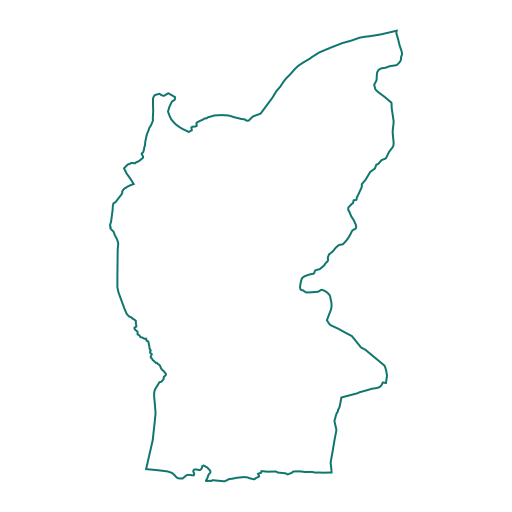 outline of Bang Pahan, Phra Nakhon Si Ayutthaya, Thailand
{"feature_id": "78962969B12192393501307", "entity_name": "Bang Pahan", "entity_type": "district", "adm_level": 2, "iso_a3": "THA", "parent_name": "Thailand", "parent_adm1": "Phra Nakhon Si Ayutthaya", "projection": "robinson", "projection_center": [100.543, 14.478], "detail": "fine", "context": "isolated", "style": "outline", "palette": "teal", "viewbox_px": 512, "rotation_deg": 0, "n_neighbors": 0, "source": "geoboundaries", "source_scale": "gbopen_adm2", "svg_char_len": 6036}
<svg xmlns="http://www.w3.org/2000/svg" viewBox="0 0 512 512"><path d="M146.1,469.1L157.6,470.2L167.4,471.4L169.4,472.0L171.9,472.9L173.9,474.5L176.1,476.9L177.5,478.0L178.7,478.4L182.6,478.5L185.8,475.8L187.0,475.1L188.2,474.9L189.5,474.9L193.1,475.4L193.7,475.3L194.0,474.9L194.2,473.8L194.0,472.9L193.3,471.7L193.3,470.9L193.6,470.3L194.0,469.8L194.7,469.5L196.1,469.4L199.5,470.1L200.0,470.0L200.4,469.8L201.5,468.7L202.0,467.6L202.2,466.2L203.7,465.5L206.7,467.2L207.4,467.7L210.0,470.4L210.3,471.2L210.4,472.3L210.2,472.7L208.5,474.8L207.5,477.7L206.9,479.1L206.0,480.5L206.0,480.8L206.3,481.0L206.9,481.0L210.7,480.8L211.4,481.0L212.0,480.5L212.6,480.2L224.1,481.3L224.8,481.2L226.0,480.7L229.1,479.1L232.4,478.7L236.6,477.8L242.5,477.2L244.7,477.1L247.4,477.4L250.1,478.4L254.2,479.3L254.9,478.9L256.1,477.9L257.0,477.6L259.1,476.5L259.1,476.1L258.0,473.8L258.3,473.6L260.6,473.0L261.0,472.8L261.2,472.3L261.5,471.1L267.4,471.7L276.1,471.5L277.4,472.4L278.3,472.6L285.5,473.3L287.6,474.4L291.7,472.9L292.9,471.7L295.1,471.4L300.3,471.4L305.1,472.0L311.8,471.9L315.4,472.6L319.2,472.5L322.6,472.7L331.5,472.5L331.5,470.8L330.7,463.2L330.7,462.0L332.7,450.9L334.6,439.5L336.3,430.7L336.3,429.3L334.4,421.0L335.9,415.5L336.6,413.5L336.9,412.8L337.9,411.5L338.0,410.0L339.1,408.0L339.7,406.4L341.4,397.5L357.7,393.2L359.4,392.3L367.8,390.0L372.0,388.7L375.9,388.2L378.3,387.6L379.8,386.9L380.7,386.2L381.9,384.4L382.8,382.5L385.9,383.0L386.9,376.6L387.0,375.3L386.1,370.3L385.5,368.2L384.5,365.6L365.3,349.7L361.4,347.7L360.8,347.2L351.9,336.1L344.5,332.2L338.2,328.7L331.0,325.4L329.7,324.4L328.5,322.8L326.9,320.2L330.9,309.8L331.4,307.8L331.6,305.1L331.4,302.7L330.1,296.4L329.7,295.3L329.1,294.5L327.9,293.2L326.4,292.0L324.7,290.9L322.0,289.8L321.1,289.9L318.6,291.5L317.8,291.8L309.8,292.4L306.1,292.4L305.6,292.2L302.9,290.3L301.5,290.1L300.9,289.8L300.6,289.5L300.3,288.6L300.0,287.2L300.4,284.1L301.2,280.6L301.9,278.4L302.2,278.0L303.1,277.2L304.6,276.3L306.5,275.5L310.3,274.3L313.5,273.7L313.9,273.4L314.3,272.8L314.8,271.1L315.4,270.4L316.3,270.0L318.8,269.4L319.8,269.1L324.0,265.6L325.7,263.1L327.0,261.9L327.9,260.7L328.1,259.8L327.8,257.6L329.0,254.4L331.7,252.3L333.6,250.5L335.4,248.1L337.3,246.3L338.5,245.4L339.9,244.8L342.4,244.4L343.2,244.0L346.8,240.0L348.2,238.0L350.3,234.4L351.5,232.0L352.3,230.6L353.1,230.0L355.3,228.8L355.8,228.2L356.0,227.8L356.2,226.4L355.7,224.5L353.6,220.0L351.2,216.3L349.2,211.4L348.4,210.3L348.2,209.4L348.3,207.8L348.6,207.2L350.7,205.1L351.4,204.2L353.0,203.1L353.5,200.8L353.7,200.3L354.0,200.2L355.9,200.0L356.3,199.8L356.6,199.1L356.9,197.2L357.6,196.1L361.6,187.4L361.9,185.5L361.8,184.5L361.9,184.0L365.5,179.9L370.0,172.3L370.5,171.7L374.9,168.5L376.2,165.0L376.5,164.6L378.3,163.9L381.3,160.4L382.0,159.9L385.2,158.7L386.1,158.0L389.1,151.8L392.3,147.7L393.3,145.9L393.6,143.8L393.6,142.3L392.7,133.2L392.7,130.5L393.6,122.9L393.6,121.0L391.8,108.9L391.6,106.5L391.6,104.3L391.5,103.0L391.2,102.5L384.9,97.1L377.9,91.9L375.6,89.6L375.2,88.8L374.2,84.8L374.4,84.2L375.9,81.6L376.4,80.6L376.6,79.0L376.9,74.3L377.1,72.8L377.4,71.9L378.3,70.3L379.6,69.2L381.9,68.2L384.6,67.9L386.0,67.6L389.7,66.2L396.4,65.2L397.1,64.8L399.1,62.8L400.3,61.2L400.8,60.1L401.0,59.1L401.0,57.4L402.0,54.4L402.0,53.2L401.5,51.0L399.6,45.4L397.8,38.1L396.4,33.5L396.4,32.2L396.7,30.7L381.0,34.4L369.9,36.2L365.3,36.7L359.5,37.7L351.7,40.5L342.3,43.1L330.3,47.8L319.3,52.4L311.7,57.2L310.4,58.3L302.6,62.9L298.2,65.9L295.0,68.9L290.0,74.6L286.6,77.9L283.8,81.3L280.4,86.5L276.4,91.1L272.5,97.6L260.6,113.6L253.1,116.4L252.1,117.2L249.0,120.3L248.2,120.7L246.4,120.6L244.7,119.4L241.0,118.9L233.8,117.1L229.9,115.8L227.4,115.4L221.8,115.1L216.6,115.3L214.1,115.5L210.8,116.6L208.3,117.1L206.6,118.3L204.9,118.4L202.3,119.9L199.7,121.0L197.4,122.2L196.4,123.2L196.7,125.6L196.6,126.1L195.1,126.5L192.4,126.8L191.5,127.3L191.4,127.4L191.8,130.3L188.6,132.0L187.5,131.3L182.4,128.9L179.6,127.2L175.7,124.3L173.8,122.4L171.2,119.3L169.7,116.2L168.0,111.6L169.3,107.2L169.8,105.9L171.9,101.7L172.7,101.0L174.4,100.1L174.7,99.7L174.9,99.1L175.0,97.1L168.4,93.3L168.0,93.4L164.2,95.7L163.6,95.8L162.1,95.4L161.2,95.0L159.5,93.8L155.7,94.8L154.7,95.3L153.9,96.3L153.1,98.2L153.0,99.1L153.0,105.0L153.2,111.0L152.8,118.3L153.0,120.3L152.2,122.6L150.9,125.4L149.1,128.3L148.5,130.4L147.5,132.8L146.6,135.4L145.3,141.6L145.0,145.1L144.1,148.2L144.0,149.6L143.5,150.8L143.4,151.8L142.9,152.5L141.8,153.4L141.7,153.7L141.7,154.2L142.6,155.6L143.0,156.4L143.0,157.6L142.5,158.2L139.3,160.8L137.9,161.7L136.3,162.1L135.5,163.0L135.0,163.3L131.5,162.9L130.9,163.1L129.8,163.9L128.0,164.4L126.5,165.7L124.0,168.3L126.6,173.5L130.2,178.5L133.7,184.0L130.0,185.4L126.4,187.2L126.0,187.8L124.8,188.3L124.2,188.8L123.2,189.8L122.2,191.7L122.2,193.2L121.5,194.4L115.5,202.2L113.9,203.0L113.5,203.4L112.9,205.3L112.6,210.0L111.1,221.5L110.0,225.3L110.2,226.2L110.6,226.9L110.6,227.6L110.3,228.0L111.1,229.3L113.3,231.4L113.7,232.0L114.7,234.9L117.1,239.5L118.1,242.8L118.2,244.1L117.7,249.2L117.4,276.0L117.4,287.4L118.6,292.8L124.7,309.3L126.7,313.8L127.2,314.5L129.3,316.6L131.8,317.6L132.2,318.4L133.7,319.2L135.0,320.1L135.8,320.9L135.9,321.4L135.8,323.0L136.4,326.3L135.8,327.0L134.5,327.6L134.4,328.3L135.0,329.6L137.4,331.5L137.6,332.0L137.5,334.1L137.7,334.5L139.3,335.3L140.3,336.9L140.7,337.2L142.2,337.5L144.5,338.8L146.1,338.7L146.7,340.8L148.3,341.5L149.3,346.2L149.7,349.1L150.7,350.3L150.7,350.7L150.1,351.5L150.1,352.4L150.2,352.9L151.4,353.8L151.8,354.3L151.7,354.6L151.1,355.6L150.8,356.3L150.7,357.0L150.8,357.5L152.2,358.9L152.7,360.1L153.8,360.8L155.5,362.6L155.7,362.8L156.9,362.8L157.7,363.9L158.8,364.5L159.5,365.1L160.0,365.7L161.0,368.2L161.4,368.9L162.2,369.9L163.9,371.3L165.7,373.6L165.9,374.1L165.9,374.7L165.7,375.2L163.8,377.0L163.6,378.9L162.6,380.4L161.5,381.6L160.9,381.9L159.7,382.1L159.2,382.5L158.5,383.8L155.1,389.2L154.5,391.1L154.2,392.8L154.1,395.8L155.4,410.6L155.5,413.1L155.5,414.0L154.7,422.2L152.7,440.3L146.1,469.1Z" fill="none" stroke="#0f766e" stroke-width="2"/></svg>